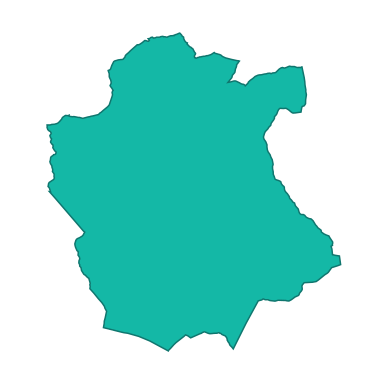 outline of Fardea, Timis, Romania, rotated 266°
{"feature_id": "2599482B51833056791776", "entity_name": "Fardea", "entity_type": "district", "adm_level": 2, "iso_a3": "ROU", "parent_name": "Romania", "parent_adm1": "Timis", "projection": "mercator", "projection_center": [22.228, 45.733], "detail": "fine", "context": "isolated", "style": "filled", "palette": "teal", "viewbox_px": 384, "rotation_deg": 266, "n_neighbors": 0, "source": "geoboundaries", "source_scale": "gbopen_adm2", "svg_char_len": 5936}
<svg xmlns="http://www.w3.org/2000/svg" viewBox="0 0 384 384"><g transform="rotate(266 192 192)"><path d="M309.1,310.4L309.0,309.7L308.5,308.8L308.9,307.4L308.7,306.6L309.0,305.1L310.0,302.9L310.2,299.9L310.7,298.2L310.5,297.2L309.7,295.0L309.2,293.1L309.3,292.4L309.9,290.8L309.8,290.5L309.6,289.5L308.5,287.5L305.5,284.0L305.2,283.2L305.1,280.6L304.5,279.1L305.1,278.1L305.1,275.9L304.7,274.3L304.6,272.3L304.1,269.3L304.1,267.2L303.9,265.9L302.9,263.1L301.0,260.6L299.5,258.1L297.7,255.9L296.6,255.4L294.2,252.5L294.8,252.2L295.8,251.1L295.9,250.3L296.5,248.6L297.7,246.9L299.6,243.5L299.8,242.7L299.8,241.4L299.0,237.5L298.8,235.5L303.3,239.7L305.7,240.5L308.2,243.0L309.1,243.3L311.9,244.0L313.1,244.7L314.7,245.3L315.9,245.4L317.1,246.6L318.0,247.2L318.3,247.5L319.3,248.4L319.6,247.8L319.9,246.1L321.5,240.6L323.4,234.9L325.1,231.8L326.3,230.7L326.9,229.7L327.5,228.4L327.7,227.5L328.0,226.9L328.6,225.1L329.0,224.4L329.6,223.9L327.8,220.6L327.1,218.0L326.9,217.1L327.0,216.4L326.5,214.0L326.6,213.3L326.4,211.2L326.2,210.4L326.2,208.9L325.8,208.1L325.8,207.3L325.1,205.3L325.8,204.6L325.8,204.1L326.7,203.8L328.0,204.1L329.2,205.0L330.1,205.2L331.5,204.2L334.4,203.0L335.1,202.6L335.5,201.8L336.4,201.1L337.1,199.8L340.0,197.4L341.0,197.8L341.6,196.7L342.2,196.0L343.4,195.3L345.3,194.5L347.1,194.4L348.3,193.0L349.3,192.6L351.3,191.0L351.4,190.6L350.3,187.6L350.3,187.2L349.5,184.6L349.3,184.7L349.3,181.3L348.6,178.9L348.2,178.1L348.2,177.6L348.8,175.7L348.8,174.5L349.2,174.1L349.3,173.6L349.2,171.8L348.7,170.4L348.9,167.4L348.4,166.2L348.2,164.2L348.7,163.9L349.2,163.4L349.1,162.0L347.8,159.9L348.0,159.7L348.0,159.0L346.2,160.0L345.4,159.1L345.5,158.3L346.3,156.3L346.4,155.4L344.5,152.8L343.1,150.4L342.7,149.4L342.6,148.5L342.7,147.6L337.1,140.3L335.5,138.5L333.6,135.9L332.6,135.0L331.1,134.4L329.8,133.0L329.4,132.8L329.2,132.3L329.0,131.4L329.1,130.6L328.9,127.4L328.6,126.5L328.5,125.7L328.1,124.0L327.5,123.0L323.8,120.8L320.3,119.3L319.5,118.3L319.2,117.4L319.2,117.0L319.0,116.8L315.8,117.7L312.8,117.5L311.9,117.7L309.4,118.7L307.4,119.0L306.0,118.9L303.9,117.7L302.9,118.1L300.9,119.4L298.8,120.4L298.3,119.8L296.7,119.2L295.0,119.5L293.5,119.2L284.6,115.5L282.9,113.8L279.7,109.3L277.9,107.0L277.2,105.6L275.8,104.1L274.8,98.4L274.6,96.4L274.3,95.4L274.1,93.5L273.1,88.3L273.2,87.8L274.2,85.1L274.4,83.4L274.7,82.5L275.5,79.4L275.4,78.1L276.1,74.8L276.3,74.6L277.2,74.8L276.8,73.5L277.2,71.3L277.1,70.9L275.6,68.3L275.0,67.7L273.5,66.9L272.8,66.0L271.4,64.7L269.9,62.7L269.2,59.7L269.2,57.7L269.2,56.7L268.9,55.9L268.8,54.6L269.0,52.1L267.3,52.1L266.6,51.9L264.6,52.4L263.5,53.1L262.8,53.9L262.2,54.9L260.7,55.6L260.0,55.5L258.3,54.2L257.0,54.4L256.6,54.7L255.9,54.7L255.4,55.2L254.9,55.6L254.5,55.5L252.0,54.4L251.2,54.5L249.9,55.5L249.3,55.7L248.9,56.4L247.2,56.7L246.5,56.3L245.8,56.3L242.7,57.9L241.4,59.2L241.1,59.2L239.5,58.7L239.0,58.0L238.9,56.5L238.3,56.1L237.1,54.1L236.7,53.7L236.1,53.4L233.5,52.9L232.4,52.4L231.9,52.4L230.2,52.8L227.9,54.0L226.0,54.1L224.9,54.5L223.6,54.6L222.1,54.2L220.0,55.5L219.2,55.7L216.7,55.4L215.8,55.7L214.7,55.3L214.0,54.6L211.5,50.2L210.4,49.5L207.5,48.8L206.2,49.9L202.1,50.9L202.3,49.8L195.1,55.3L160.6,81.0L159.5,82.2L156.4,80.2L155.7,79.4L154.3,76.7L153.6,74.7L152.9,73.5L151.7,72.7L149.3,71.8L148.4,71.5L146.9,71.6L144.9,72.0L141.5,73.2L140.8,74.0L140.2,74.4L139.5,74.2L138.4,74.2L137.0,73.9L135.0,75.1L133.1,75.4L131.4,74.5L129.4,74.2L128.6,74.3L127.4,74.9L125.9,74.8L124.3,76.0L121.4,76.3L117.6,78.3L116.9,79.0L116.4,80.0L115.5,80.5L114.3,81.6L114.0,81.8L113.2,83.0L108.0,84.1L106.5,83.6L105.1,83.9L102.6,83.4L98.0,87.0L92.0,91.2L88.0,94.3L84.1,96.6L82.0,97.1L79.0,98.5L72.4,96.6L69.3,95.5L66.8,95.2L62.9,94.2L57.5,110.7L56.4,114.2L55.6,118.0L51.7,128.8L46.4,139.4L35.1,157.3L35.7,157.6L37.7,159.9L41.0,163.3L42.9,165.6L48.6,174.0L49.9,175.6L48.9,177.7L46.6,180.5L50.0,189.9L50.4,191.5L51.3,193.1L51.4,193.8L51.6,194.2L51.6,194.9L49.9,198.3L49.4,199.9L49.4,202.2L49.5,204.0L49.4,207.1L49.8,208.8L49.8,209.2L49.1,210.0L49.0,210.8L47.8,211.9L46.0,215.3L44.0,216.5L42.5,216.9L42.0,216.7L39.6,217.8L38.5,218.6L37.1,218.9L36.2,219.4L34.4,221.0L32.6,222.2L57.5,236.9L78.8,250.5L79.5,254.2L80.1,254.9L80.3,255.7L79.4,257.6L79.2,260.5L78.7,261.2L78.3,262.1L77.4,267.0L77.4,267.6L78.0,270.4L77.2,278.1L76.8,279.1L76.5,281.1L77.6,283.6L80.1,287.5L81.3,290.8L81.9,291.5L83.8,292.4L85.6,294.2L86.8,295.0L87.5,295.2L90.6,295.1L91.7,295.7L93.7,297.6L93.6,305.8L94.0,309.6L95.5,312.1L100.1,318.6L101.5,321.2L102.4,322.4L106.8,326.0L108.3,332.2L109.2,335.2L117.9,334.6L118.9,330.3L119.7,327.8L125.4,327.6L128.2,326.9L128.9,328.4L129.2,328.5L130.0,328.3L131.1,328.8L132.4,328.8L137.0,326.2L138.6,325.5L139.7,323.0L141.0,320.7L143.0,318.3L144.8,318.1L145.1,317.9L147.6,315.0L149.2,314.1L150.5,313.0L154.8,310.8L156.7,309.1L156.9,308.6L157.4,306.7L158.5,304.8L158.9,304.2L161.0,302.7L161.3,302.2L161.8,301.3L161.8,300.5L162.0,299.1L162.8,298.2L163.4,297.8L164.9,297.3L167.6,296.8L170.3,294.7L171.3,294.1L173.9,293.5L174.7,292.1L177.1,290.6L178.5,289.3L179.0,289.0L180.9,288.6L183.8,286.9L184.9,285.9L186.9,284.7L188.5,284.4L190.3,284.4L191.1,284.1L192.1,283.0L193.5,282.0L194.4,281.6L196.0,281.3L196.4,280.9L197.3,279.4L198.3,276.9L199.1,275.7L201.4,275.2L204.0,274.3L206.5,274.4L209.5,274.0L212.0,274.1L213.6,274.8L214.5,274.8L218.6,274.3L221.4,273.1L223.7,272.5L227.0,270.6L228.9,270.1L232.0,269.9L233.8,270.1L237.0,269.1L239.5,267.6L241.0,267.2L242.1,267.2L245.2,268.3L247.1,269.3L249.6,272.0L251.2,273.1L253.0,275.2L254.8,275.7L255.3,276.0L258.4,278.6L259.8,279.4L261.3,279.5L263.1,281.4L264.1,282.1L266.4,283.1L267.8,283.9L268.8,284.8L269.3,285.6L269.3,286.0L268.9,289.0L269.0,291.1L268.8,291.9L267.3,294.0L264.6,296.8L263.9,297.8L263.7,298.4L263.7,300.6L264.1,306.3L268.3,307.3L269.6,307.9L270.2,310.0L272.1,311.4L276.0,311.8L281.0,312.9L284.4,312.5L286.0,312.7L290.9,312.2L294.3,312.2L298.3,311.9L309.1,310.4Z" fill="#14b8a6" stroke="#0f766e" stroke-width="1.5"/></g></svg>